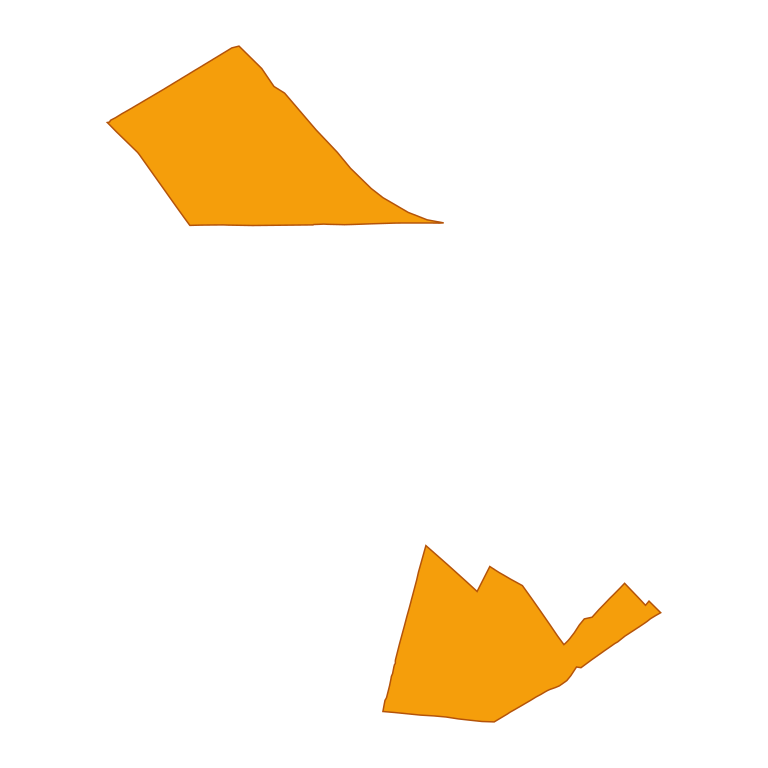 outline of Rafael Lara Grajales, Puebla, Mexico
{"feature_id": "50627088B86596089339193", "entity_name": "Rafael Lara Grajales", "entity_type": "district", "adm_level": 2, "iso_a3": "MEX", "parent_name": "Mexico", "parent_adm1": "Puebla", "projection": "robinson", "projection_center": [-97.812, 19.247], "detail": "fine", "context": "isolated", "style": "filled", "palette": "amber", "viewbox_px": 768, "rotation_deg": 0, "n_neighbors": 0, "source": "geoboundaries", "source_scale": "gbopen_adm2", "svg_char_len": 2114}
<svg xmlns="http://www.w3.org/2000/svg" viewBox="0 0 768 768"><path d="M239.0,46.1L231.8,47.9L196.1,69.6L195.7,69.8L162.8,89.8L145.3,100.1L128.7,109.9L122.1,113.6L118.9,115.6L115.5,117.7L112.2,119.4L110.5,120.3L109.7,121.8L109.0,122.2L108.2,122.3L107.3,122.5L116.2,131.6L133.9,148.8L137.6,152.4L139.4,154.7L154.5,176.0L162.9,187.8L169.7,197.4L176.8,207.4L184.2,217.7L189.4,224.8L189.9,225.4L193.2,225.3L201.5,225.1L211.8,225.0L223.2,224.9L228.5,225.1L229.0,225.1L252.6,225.5L313.1,224.9L313.6,224.6L313.8,224.5L319.7,224.3L323.7,224.1L327.7,224.3L341.2,224.6L344.4,224.7L351.7,224.5L371.6,223.8L394.0,223.1L401.8,223.0L412.9,223.0L423.6,223.0L431.7,223.0L439.4,223.1L443.7,222.9L427.1,219.8L408.2,212.4L383.0,197.7L371.2,188.5L350.5,168.3L343.5,159.8L342.8,159.0L337.3,152.3L315.9,129.7L284.6,93.1L274.0,86.5L271.7,83.2L270.6,81.6L261.8,68.6L239.0,46.1ZM660.7,612.7L649.0,601.1L645.5,605.3L638.5,597.8L631.4,590.4L624.6,583.3L620.4,587.7L613.2,595.0L609.7,598.4L606.2,602.1L604.1,604.3L599.1,609.4L592.1,617.2L585.2,618.7L584.3,618.9L579.3,625.0L576.2,629.8L574.4,632.6L569.7,638.7L568.0,640.7L565.4,643.3L564.0,644.5L563.9,644.6L557.7,636.2L550.3,625.3L539.5,609.7L532.0,599.0L522.4,585.6L510.5,579.1L505.9,576.4L499.1,572.5L495.5,570.2L489.8,566.5L477.1,591.5L475.3,589.8L465.8,581.1L448.6,565.6L444.3,561.8L425.9,545.6L418.9,570.6L418.5,572.0L416.7,579.9L412.2,596.9L411.5,599.4L410.7,602.6L409.4,607.5L407.0,616.0L404.4,625.9L399.6,643.5L395.4,660.1L395.3,661.9L395.4,663.0L395.3,663.5L394.5,664.6L393.9,666.9L392.6,673.6L391.4,676.3L390.9,679.2L390.6,680.7L389.6,685.6L386.6,697.4L386.1,698.5L385.0,700.3L384.3,703.9L382.9,711.5L394.6,712.5L420.5,715.1L433.8,715.9L446.1,717.0L458.3,718.9L470.0,720.2L482.0,721.5L494.2,721.9L507.4,714.0L509.9,712.3L514.5,709.7L528.1,701.8L530.5,700.4L536.0,697.0L540.9,694.4L544.9,692.0L547.4,690.6L549.8,689.5L555.2,687.6L559.3,685.9L566.8,680.6L570.8,675.7L576.5,667.0L581.0,667.7L591.8,659.7L604.8,650.5L615.0,643.4L617.7,641.9L624.8,636.2L633.4,630.6L641.9,625.0L647.0,621.5L650.5,618.7L655.6,615.6L660.7,612.7Z" fill="#f59e0b" stroke="#b45309" stroke-width="1.5"/></svg>